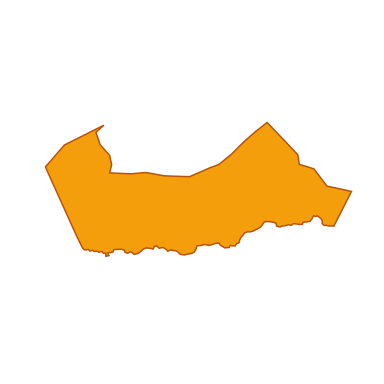 Capitão de Campos, Piauí, Brazil, rotated 138°
{"feature_id": "56859067B28975219181336", "entity_name": "Capitão de Campos", "entity_type": "district", "adm_level": 2, "iso_a3": "BRA", "parent_name": "Brazil", "parent_adm1": "Piauí", "projection": "mercator", "projection_center": [-41.893, -4.526], "detail": "fine", "context": "isolated", "style": "filled", "palette": "amber", "viewbox_px": 384, "rotation_deg": 138, "n_neighbors": 0, "source": "geoboundaries", "source_scale": "gbopen_adm2", "svg_char_len": 1834}
<svg xmlns="http://www.w3.org/2000/svg" viewBox="0 0 384 384"><g transform="rotate(138 192 192)"><path d="M85.9,127.6L93.8,140.8L88.5,148.7L88.8,164.4L89.4,184.6L89.6,193.4L104.4,194.4L119.4,194.6L130.2,194.1L132.2,194.0L137.3,193.7L153.7,194.5L161.6,197.7L183.5,205.0L191.4,212.5L201.8,222.6L213.1,237.2L225.7,246.8L234.3,255.3L240.4,261.3L233.4,266.1L228.7,274.3L228.6,288.6L223.5,300.6L212.8,300.6L224.3,303.8L255.4,312.3L272.2,310.2L278.6,309.4L283.9,308.8L284.9,306.5L306.9,237.4L310.9,223.3L310.5,220.6L307.4,218.7L307.5,216.5L304.9,215.2L304.3,213.1L302.3,211.6L301.4,209.5L298.8,208.1L298.8,205.7L297.2,204.1L299.0,201.9L296.3,200.3L295.2,203.2L293.1,201.5L290.9,200.3L288.6,201.4L286.1,199.5L282.6,196.5L281.3,194.2L282.1,191.9L280.8,189.5L278.0,189.0L277.0,187.1L276.8,184.6L273.5,182.5L269.4,182.0L266.2,182.2L263.2,180.8L260.7,178.1L259.0,175.6L256.3,176.9L254.3,175.6L253.9,172.1L250.8,170.3L249.8,167.5L249.6,164.2L246.7,163.2L245.2,161.1L243.1,158.9L242.5,156.0L242.5,153.9L241.1,151.8L239.5,150.2L236.9,148.8L234.1,147.0L230.8,145.8L227.3,146.8L224.4,148.7L221.0,146.2L218.2,144.9L216.4,142.8L215.2,141.0L212.3,139.5L208.5,137.9L206.2,136.1L206.5,133.3L205.0,128.5L201.5,125.9L199.5,126.8L197.7,124.7L196.0,123.1L193.6,123.8L191.0,122.8L188.2,124.7L185.4,125.6L182.7,125.8L180.3,126.4L177.7,125.5L175.5,123.5L173.1,122.2L170.7,121.6L168.3,120.8L164.6,120.0L161.5,120.6L158.1,121.3L155.7,119.6L153.8,117.6L152.3,115.7L150.5,112.7L151.9,109.9L150.0,107.1L147.7,106.3L145.3,104.6L142.6,103.4L140.3,100.8L138.1,100.7L135.9,98.6L133.9,96.1L131.6,94.2L129.5,95.1L126.9,93.0L123.9,91.2L121.3,91.7L117.5,93.0L116.5,91.2L114.6,90.2L114.4,88.2L113.9,85.5L114.5,83.4L116.4,81.5L116.2,78.8L114.1,76.8L112.7,74.7L110.9,73.4L109.5,71.7L73.1,85.7L87.8,106.1L85.9,127.6Z" fill="#f59e0b" stroke="#b45309" stroke-width="1.5"/></g></svg>